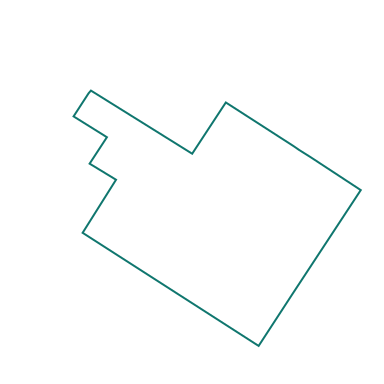 the district of Fulton, Indiana, United States of America, rotated 213°
{"feature_id": "52423323B46497770256084", "entity_name": "Fulton", "entity_type": "district", "adm_level": 2, "iso_a3": "USA", "parent_name": "United States of America", "parent_adm1": "Indiana", "projection": "mercator", "projection_center": [-86.178, 41.041], "detail": "fine", "context": "isolated", "style": "outline", "palette": "teal", "viewbox_px": 384, "rotation_deg": 213, "n_neighbors": 0, "source": "geoboundaries", "source_scale": "gbopen_adm2", "svg_char_len": 352}
<svg xmlns="http://www.w3.org/2000/svg" viewBox="0 0 384 384"><g transform="rotate(213 192 192)"><path d="M261.5,98.2L52.3,99.2L52.2,161.4L51.5,285.5L112.0,285.8L125.0,285.6L131.8,285.8L212.4,285.5L212.7,224.2L332.0,222.0L332.5,218.5L332.5,190.9L293.2,191.6L293.3,160.0L262.4,160.9L261.5,98.2Z" fill="none" stroke="#0f766e" stroke-width="2"/></g></svg>